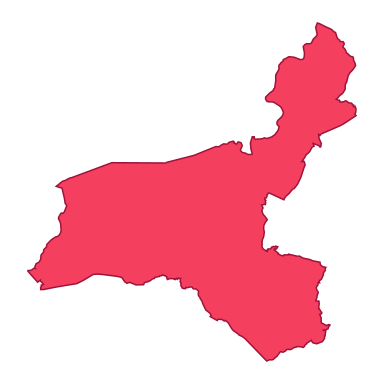 El Limón, Jalisco, Mexico (Mercator projection)
{"feature_id": "50627088B95926354203018", "entity_name": "El Limón", "entity_type": "district", "adm_level": 2, "iso_a3": "MEX", "parent_name": "Mexico", "parent_adm1": "Jalisco", "projection": "mercator", "projection_center": [-104.085, 19.851], "detail": "fine", "context": "isolated", "style": "filled", "palette": "rose", "viewbox_px": 384, "rotation_deg": 0, "n_neighbors": 0, "source": "geoboundaries", "source_scale": "gbopen_adm2", "svg_char_len": 5987}
<svg xmlns="http://www.w3.org/2000/svg" viewBox="0 0 384 384"><path d="M56.2,186.4L62.0,188.2L64.3,197.8L65.2,203.5L66.8,205.6L64.2,212.1L62.6,213.5L61.9,213.0L60.8,213.4L58.5,217.5L58.7,219.6L59.3,220.1L60.4,222.9L60.8,225.2L61.1,230.0L60.8,232.0L60.0,233.9L58.6,235.7L57.2,236.6L55.6,236.9L51.4,239.7L47.0,244.2L46.5,245.7L46.5,247.0L44.2,249.1L43.6,250.1L43.6,252.1L41.5,254.3L40.9,255.8L40.8,259.0L39.2,262.0L36.0,263.8L34.9,266.7L34.9,267.9L35.3,268.4L34.0,268.2L31.6,270.0L30.3,270.4L28.0,270.5L27.9,271.2L37.6,282.2L40.3,280.2L40.2,280.9L41.0,281.7L41.4,281.8L43.4,284.4L41.2,285.2L41.5,285.8L41.4,286.6L40.6,287.3L40.7,289.6L41.8,289.4L42.8,289.7L56.4,287.0L76.9,283.6L83.4,280.3L93.1,274.5L97.3,274.1L102.5,274.5L116.8,276.3L120.0,277.0L121.9,277.6L124.7,281.7L126.9,283.3L128.2,282.7L128.9,282.8L129.6,282.3L136.0,284.9L143.6,284.7L144.3,282.8L145.7,282.2L147.9,281.8L148.1,281.4L149.8,281.0L152.5,278.9L154.2,278.5L155.3,277.2L159.4,276.5L159.8,275.9L161.7,275.7L162.5,274.8L164.6,275.8L165.6,275.7L166.2,276.5L166.9,276.9L166.7,277.6L167.4,279.5L169.9,278.6L174.3,278.8L174.3,279.3L175.1,279.6L175.5,278.9L176.1,279.1L176.7,278.3L177.6,279.2L177.9,278.5L178.4,278.1L178.8,278.5L180.7,278.4L180.3,279.2L180.4,281.5L180.1,281.8L181.2,283.2L180.8,284.0L181.0,285.6L181.1,286.2L181.8,286.8L182.0,287.9L183.9,288.7L185.6,288.6L185.9,287.4L187.4,287.7L189.9,287.0L192.0,287.0L193.3,288.9L194.9,288.8L196.4,289.2L198.6,291.2L198.2,294.1L198.6,295.8L199.9,297.4L200.2,298.6L202.0,301.2L202.6,303.3L205.7,309.9L209.9,313.2L211.2,315.4L210.2,316.6L217.2,320.5L217.7,319.6L219.6,319.2L221.0,319.5L221.9,319.4L224.2,321.0L225.0,320.9L225.3,320.4L227.7,322.3L228.7,323.6L231.4,328.2L233.1,330.4L238.3,334.1L239.1,335.1L242.0,336.4L244.8,338.4L266.7,361.0L269.4,359.8L271.8,359.9L273.1,359.6L277.1,356.1L280.0,352.1L280.7,351.6L282.0,352.1L283.4,352.1L285.3,351.1L286.5,349.7L287.8,349.4L290.7,349.6L293.5,347.9L295.3,347.2L296.1,347.2L296.9,346.6L301.5,346.8L302.5,347.4L303.3,347.4L304.6,346.3L304.8,345.5L305.7,344.3L306.7,343.9L306.7,343.3L311.3,340.3L312.4,342.3L313.1,342.9L316.8,343.8L322.5,341.5L324.6,338.3L324.6,335.9L325.1,335.8L325.8,330.5L323.2,330.3L323.2,330.1L324.7,329.9L325.8,330.2L327.0,329.1L328.0,328.9L328.6,327.0L330.0,325.0L329.2,324.6L328.3,324.6L326.7,325.6L321.3,322.8L321.1,317.5L319.7,314.4L321.1,314.0L321.7,313.4L321.7,312.3L321.3,312.2L319.3,308.8L318.6,308.6L319.2,303.8L318.9,301.1L315.9,301.0L315.9,300.0L316.7,298.4L317.0,296.4L317.7,293.7L318.2,293.0L318.0,291.7L317.1,290.6L316.2,287.8L316.8,286.4L317.9,285.1L318.1,282.9L319.5,282.8L318.9,282.0L318.9,281.4L319.5,281.2L319.6,280.3L320.4,280.1L321.5,279.1L323.3,275.0L323.6,272.4L324.7,271.5L325.4,269.8L325.3,267.5L325.6,267.3L323.2,266.8L321.5,265.8L320.3,264.4L320.0,262.2L312.8,260.8L309.8,259.5L302.9,258.1L299.6,256.1L297.2,256.2L288.7,254.2L288.7,254.8L284.0,254.9L283.4,255.4L283.4,255.8L281.0,255.4L278.1,253.9L278.4,253.3L274.5,250.1L274.1,249.1L274.4,248.8L275.7,249.2L276.5,248.9L277.8,246.8L275.8,246.1L275.2,246.8L273.8,246.4L271.7,247.1L270.5,248.9L267.9,249.0L267.2,252.0L267.4,249.7L266.9,250.1L266.7,251.3L263.1,249.0L262.5,247.9L261.7,245.3L262.3,244.4L262.0,243.0L262.4,239.8L263.7,236.6L264.3,232.2L263.7,228.9L263.8,225.5L265.4,222.3L267.3,219.7L264.6,215.9L263.3,214.7L262.6,213.0L261.8,210.7L263.0,207.9L261.7,205.0L265.1,204.2L265.4,204.4L265.7,202.6L265.2,201.8L265.9,200.3L264.7,199.5L264.9,198.0L266.4,197.8L266.9,196.6L267.0,194.8L267.6,194.6L268.1,193.2L269.1,193.0L269.9,193.3L283.9,199.8L285.1,197.3L286.1,196.1L289.1,193.5L291.5,190.5L293.1,188.9L294.2,188.5L297.5,184.3L300.6,178.0L304.1,167.4L304.9,165.7L305.1,164.5L304.1,161.5L301.9,161.5L303.1,160.4L303.0,159.6L304.3,158.2L306.3,154.6L307.6,153.7L309.6,151.7L312.1,147.2L314.1,146.1L313.1,143.4L318.6,145.5L320.1,147.1L320.8,146.6L321.3,143.4L319.1,138.6L318.7,134.4L320.0,135.4L321.3,133.9L340.2,125.7L344.3,123.4L356.1,115.6L354.9,114.3L355.8,112.1L356.0,108.4L355.2,107.3L355.2,106.4L353.5,106.6L353.8,105.1L352.4,104.7L352.1,103.7L351.3,103.1L349.0,102.9L346.2,100.9L345.1,100.9L344.0,101.7L340.2,102.1L339.7,101.8L339.8,100.8L339.4,100.2L337.6,100.0L336.1,99.2L337.9,97.9L339.3,95.9L342.4,93.6L344.2,91.0L345.0,89.6L345.3,88.0L345.1,86.3L345.5,83.9L345.9,83.6L345.8,83.0L346.6,82.3L348.3,75.4L350.1,72.6L352.6,70.0L354.7,67.1L355.6,65.4L355.0,63.1L353.7,60.5L353.3,57.3L352.2,56.6L350.7,56.4L348.8,54.8L347.6,53.4L346.9,53.3L346.4,52.8L345.9,51.0L344.9,49.1L343.0,47.0L342.9,46.5L344.2,44.2L343.9,42.7L343.0,41.6L340.3,41.6L339.7,40.2L338.1,39.1L337.1,37.7L335.5,32.4L334.1,31.9L331.6,29.5L328.8,28.1L326.6,27.2L319.2,23.5L317.3,23.0L315.7,27.4L317.1,34.1L316.8,35.4L315.6,36.9L313.4,38.9L311.4,43.0L309.8,43.8L306.5,43.7L304.7,44.7L303.2,46.6L304.4,52.8L304.3,56.0L303.8,58.2L302.7,59.3L300.8,59.7L294.0,57.2L288.8,56.7L285.6,58.6L283.4,59.5L283.1,60.1L283.2,60.9L280.7,63.0L280.1,64.0L279.1,64.9L278.8,66.4L279.0,69.2L275.7,75.0L275.7,80.9L274.7,87.9L273.6,89.1L273.3,90.2L272.2,91.3L270.2,92.6L265.7,97.0L265.5,98.9L266.9,101.4L268.3,101.8L272.3,101.9L273.1,102.1L274.8,102.9L279.3,105.7L281.0,107.3L282.7,110.4L283.4,112.6L282.9,114.7L281.9,116.5L277.9,120.4L277.0,122.0L276.9,123.6L277.5,125.1L279.1,126.5L278.6,128.8L277.8,130.8L274.6,135.0L273.3,135.7L272.0,136.8L266.9,138.5L264.2,137.8L263.3,138.5L260.1,139.0L257.5,139.0L255.5,139.4L254.0,138.1L254.4,137.4L254.3,136.8L252.3,136.7L250.4,143.0L251.0,149.4L252.1,153.1L252.0,154.4L248.4,154.5L246.7,153.9L245.5,153.1L242.6,152.6L241.9,152.2L241.6,151.5L240.7,150.9L240.4,150.1L240.7,149.1L241.9,146.9L242.2,145.4L241.1,142.8L238.6,141.9L237.8,142.1L236.9,143.8L236.2,144.2L234.5,142.8L234.1,143.1L233.6,142.7L234.0,141.7L233.6,141.3L232.6,141.2L231.5,141.7L229.6,142.1L228.5,142.7L227.9,143.7L227.0,144.1L223.4,143.9L220.1,145.8L219.3,146.7L215.7,146.6L194.2,155.3L166.5,162.4L166.0,163.0L111.8,162.7L71.7,177.6L70.0,177.9L64.5,180.7L62.7,181.2L59.4,183.7L58.4,184.8L57.2,185.4L56.2,186.4Z" fill="#f43f5e" stroke="#9f1239" stroke-width="1.5"/></svg>